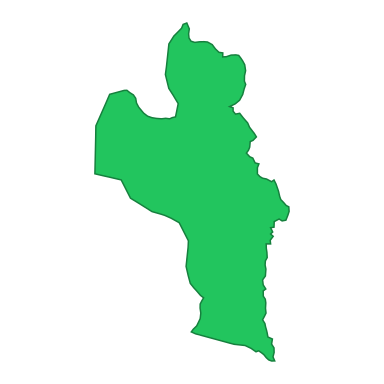 the district of Curvelândia, Mato Grosso, Brazil
{"feature_id": "56859067B66789181731142", "entity_name": "Curvelândia", "entity_type": "district", "adm_level": 2, "iso_a3": "BRA", "parent_name": "Brazil", "parent_adm1": "Mato Grosso", "projection": "natural_earth1", "projection_center": [-57.857, -15.622], "detail": "fine", "context": "isolated", "style": "filled", "palette": "green", "viewbox_px": 384, "rotation_deg": 0, "n_neighbors": 0, "source": "geoboundaries", "source_scale": "gbopen_adm2", "svg_char_len": 2282}
<svg xmlns="http://www.w3.org/2000/svg" viewBox="0 0 384 384"><path d="M274.0,347.9L271.6,344.1L272.4,339.0L267.9,337.0L267.2,333.1L266.5,330.1L265.6,327.0L264.9,323.5L262.6,319.8L264.3,316.6L266.0,313.1L265.5,308.3L265.8,302.9L265.3,299.2L263.3,296.2L263.2,290.9L265.8,289.0L263.2,284.9L262.6,279.9L265.4,276.0L265.9,269.1L265.1,265.0L265.4,260.8L267.2,257.6L266.9,252.3L266.3,248.3L266.2,243.9L270.6,243.9L270.2,240.3L273.2,236.3L270.6,234.0L272.7,232.0L270.6,227.7L274.0,227.2L274.2,221.6L279.1,219.0L282.1,220.9L285.9,220.2L287.8,215.4L289.1,211.4L288.8,206.8L286.2,205.5L283.8,202.7L280.8,199.6L279.7,196.5L278.5,191.2L276.0,184.0L274.0,180.0L271.6,181.7L266.5,179.0L262.6,178.2L259.9,176.6L257.4,174.0L257.4,167.7L258.9,163.9L255.1,162.9L252.8,158.1L249.7,156.7L246.4,153.1L248.5,150.2L249.7,147.2L250.2,141.6L253.0,140.4L256.4,136.9L254.2,133.3L252.3,130.9L249.5,127.2L247.7,123.0L243.1,117.7L239.7,113.3L235.5,114.1L233.1,111.2L233.1,107.8L229.6,106.6L235.3,103.8L239.6,100.2L242.7,94.5L244.1,89.1L245.7,84.4L244.4,81.2L244.5,75.7L245.6,70.7L244.7,64.7L242.6,60.8L240.5,57.7L238.7,55.4L235.9,54.9L231.1,55.1L226.4,56.7L222.7,56.9L222.8,52.9L218.9,52.3L215.4,48.9L212.2,44.6L207.5,42.0L204.0,41.7L199.6,41.8L194.8,42.4L191.0,41.2L189.0,38.0L188.6,33.8L189.3,28.9L186.8,23.0L183.1,24.4L181.6,28.2L176.8,33.1L173.9,36.0L168.9,43.9L166.4,67.1L165.4,74.5L168.8,88.4L173.1,95.1L178.2,103.6L176.4,112.6L175.5,116.9L172.3,117.6L169.6,118.8L165.7,118.3L161.6,118.8L156.3,118.4L152.0,117.7L147.6,116.2L143.6,113.1L138.7,107.2L136.5,103.0L135.7,98.3L133.4,94.9L129.9,92.7L126.9,90.3L124.2,90.4L109.7,94.3L105.3,104.5L95.9,125.8L95.8,130.1L95.7,137.1L94.9,173.8L103.4,175.8L109.7,177.2L113.5,178.1L121.2,179.9L127.4,192.1L130.5,198.2L139.5,203.7L152.0,211.6L161.1,214.2L164.8,215.4L171.1,218.2L179.2,222.7L188.4,240.8L188.1,247.3L186.1,266.4L188.2,275.6L190.3,283.4L193.9,287.9L196.4,290.6L200.5,295.4L203.6,297.8L201.9,300.7L200.2,304.0L200.1,308.1L200.8,313.1L200.2,318.6L198.6,322.0L196.7,325.9L193.2,329.3L191.3,331.9L195.5,333.8L221.6,340.9L229.6,343.1L234.2,344.3L245.1,345.5L251.0,348.3L256.0,351.8L258.6,350.8L261.4,352.7L263.8,354.6L266.3,357.7L268.7,359.9L271.6,361.0L274.7,360.9L273.0,356.9L274.1,352.5L274.0,347.9Z" fill="#22c55e" stroke="#15803d" stroke-width="1.5"/></svg>